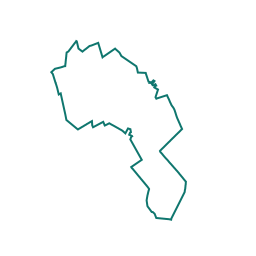 Oquitoa, Sonora, Mexico (Albers equal-area conic projection), rotated 151°
{"feature_id": "50627088B42568176032949", "entity_name": "Oquitoa", "entity_type": "district", "adm_level": 2, "iso_a3": "MEX", "parent_name": "Mexico", "parent_adm1": "Sonora", "projection": "albers", "projection_center": [-111.661, 30.793], "detail": "fine", "context": "isolated", "style": "outline", "palette": "teal", "viewbox_px": 256, "rotation_deg": 151, "n_neighbors": 0, "source": "geoboundaries", "source_scale": "gbopen_adm2", "svg_char_len": 5450}
<svg xmlns="http://www.w3.org/2000/svg" viewBox="0 0 256 256"><g transform="rotate(151 128 128)"><path d="M178.0,164.9L172.9,151.9L172.5,151.0L171.4,151.1L170.4,151.1L169.7,151.1L169.1,151.1L168.6,151.2L168.1,151.2L167.8,151.2L167.1,151.2L166.7,151.2L165.8,151.2L165.1,151.3L164.6,151.3L164.1,151.3L163.5,151.3L162.9,151.3L162.2,151.4L161.2,151.4L160.1,151.4L158.4,151.5L156.2,151.5L157.1,149.6L157.3,149.1L158.0,147.7L158.2,145.6L146.7,145.4L146.9,143.4L146.9,142.9L147.0,142.3L147.1,142.0L147.1,141.7L147.1,141.4L145.4,141.3L142.1,141.2L141.8,140.7L141.3,139.9L141.1,139.5L140.4,138.4L140.0,137.8L139.1,136.4L138.5,135.4L138.0,134.6L137.4,133.6L136.8,132.7L135.9,131.1L135.1,129.9L134.2,128.3L133.1,125.2L132.9,124.6L128.2,127.6L127.7,127.1L127.4,126.7L126.9,126.2L126.5,125.8L127.5,122.9L128.6,122.8L130.2,121.5L128.5,119.3L128.7,119.0L128.6,118.8L129.3,118.7L129.9,118.3L130.3,118.0L131.0,117.3L131.5,116.9L131.4,93.5L144.1,92.3L144.1,92.0L144.1,91.8L144.1,91.4L144.0,90.9L143.9,90.5L143.8,90.4L143.8,90.2L143.6,89.6L143.5,89.1L143.5,88.7L143.4,88.3L143.3,87.8L143.2,87.3L143.1,86.7L142.8,85.2L142.7,84.6L142.6,84.1L142.5,83.6L142.4,83.0L142.3,82.4L142.2,81.9L142.1,81.3L142.0,80.9L141.9,80.3L141.8,79.8L141.7,79.7L141.7,79.4L141.7,79.1L141.5,78.4L141.4,77.5L141.3,77.0L141.2,76.7L141.1,76.1L141.0,75.8L141.0,75.5L140.9,75.2L140.9,74.9L140.8,74.5L140.8,74.4L140.7,74.0L140.6,73.7L140.6,73.4L140.5,73.0L140.4,72.6L140.4,72.3L140.3,72.1L140.3,71.7L140.2,71.5L140.2,71.3L140.1,71.0L140.1,70.6L140.0,70.3L140.0,70.2L139.9,69.9L139.8,69.4L139.8,69.0L139.7,68.9L139.7,68.6L139.6,68.2L139.5,67.8L139.5,67.5L139.4,67.2L139.4,66.9L139.3,66.4L139.1,64.5L139.2,64.3L139.4,64.2L139.6,64.0L139.7,63.8L140.0,63.5L140.2,63.3L140.4,63.1L140.7,62.9L141.0,62.5L141.2,62.3L141.6,61.9L141.9,61.5L142.3,61.1L142.6,60.8L142.7,60.6L142.8,60.5L142.9,60.4L143.0,60.3L143.1,60.2L143.4,59.9L143.6,59.7L143.9,59.3L144.0,59.2L144.2,58.9L144.3,58.8L144.8,58.2L146.8,55.7L148.6,51.0L148.9,49.9L148.5,47.2L148.0,43.1L147.1,42.5L146.3,40.1L146.9,35.6L136.3,28.3L134.7,26.9L134.0,27.8L121.5,36.3L109.5,44.5L108.2,46.3L107.4,47.1L106.9,47.9L106.1,49.0L105.6,49.8L105.2,50.3L104.9,50.6L104.8,50.8L104.7,51.0L104.3,51.6L104.1,51.9L103.9,52.3L103.4,52.9L103.6,54.0L103.8,55.0L104.1,56.6L104.3,57.9L104.5,59.0L104.7,59.9L104.8,60.6L105.0,61.7L105.2,62.4L105.3,63.4L105.4,64.1L105.6,64.9L105.8,66.1L106.3,68.1L106.5,69.1L106.6,69.8L106.8,70.4L106.9,70.9L107.1,71.8L107.3,73.0L107.5,73.6L107.8,75.3L108.0,75.9L108.1,76.4L108.3,77.2L108.5,78.1L108.6,78.6L108.7,79.3L108.9,80.4L109.1,81.2L109.2,81.7L109.4,82.3L109.6,83.2L109.7,83.5L110.0,84.9L110.4,86.9L110.5,87.5L110.6,87.9L110.6,88.3L110.7,88.7L110.8,89.2L111.0,90.0L111.1,90.4L111.3,91.1L111.3,91.5L111.2,92.4L110.5,92.7L109.9,92.8L109.4,93.0L109.0,93.1L108.7,93.2L107.9,93.4L107.2,93.6L106.4,93.8L105.7,94.0L104.7,94.3L104.0,94.5L103.6,94.6L103.2,94.7L102.9,94.8L102.7,94.9L102.4,95.0L102.0,95.1L101.8,95.1L101.2,95.3L100.8,95.4L100.1,95.6L99.5,95.8L98.6,96.0L97.8,96.2L96.9,96.5L96.4,96.7L95.8,96.8L95.2,97.0L94.7,97.1L94.3,97.3L93.7,97.4L93.4,97.5L93.2,97.5L92.6,97.7L91.9,97.9L90.8,98.2L90.6,98.3L90.4,98.3L89.5,98.6L88.8,98.8L88.4,98.9L88.2,98.9L87.9,99.0L87.3,99.2L87.0,99.3L86.4,99.4L85.9,99.6L85.7,99.6L85.2,99.7L85.1,99.8L84.8,99.9L84.7,99.9L83.9,100.1L83.5,100.3L83.3,100.3L83.0,100.4L82.7,100.5L82.3,100.6L81.8,100.7L81.2,100.9L81.2,101.4L81.0,103.1L81.0,104.0L80.9,104.8L80.8,105.5L80.7,106.3L80.7,106.8L80.6,107.5L80.6,108.0L80.5,109.0L80.4,109.8L80.2,112.4L80.1,113.1L80.0,113.8L79.9,114.5L79.4,117.0L79.1,118.4L79.0,118.7L79.0,119.1L78.8,120.0L78.7,120.5L78.6,121.1L78.5,122.0L78.5,122.9L78.5,124.1L78.6,124.6L78.7,125.2L78.8,125.9L78.8,126.4L78.9,127.1L78.8,127.7L78.7,129.4L78.7,130.0L78.5,131.7L78.3,133.4L78.3,134.4L78.2,135.5L78.2,136.0L78.0,137.6L78.0,137.8L87.6,139.7L89.0,139.9L89.0,141.6L83.1,147.1L84.5,149.3L85.3,150.7L84.6,151.1L84.2,151.2L83.6,151.5L82.8,151.4L82.8,153.0L85.2,153.0L85.5,153.2L85.7,153.4L85.7,153.6L85.8,155.0L84.4,155.2L82.1,156.2L82.7,157.3L85.9,156.3L87.2,157.0L86.5,157.5L87.6,158.6L87.5,159.2L87.3,159.9L87.2,160.7L86.8,162.7L86.5,164.3L86.0,166.9L85.8,167.6L92.5,171.7L91.2,175.9L90.8,178.0L98.9,194.1L98.9,198.1L99.7,200.4L100.5,202.6L100.8,203.7L112.8,202.5L115.6,202.3L116.0,202.2L112.8,216.9L120.1,217.9L120.5,218.0L121.3,218.2L121.9,218.4L122.7,218.2L123.1,218.2L123.5,218.1L124.4,217.9L125.3,217.8L127.0,217.5L127.5,217.5L128.6,217.3L129.7,217.1L130.8,216.9L131.0,217.4L131.3,218.0L131.6,218.6L131.6,218.8L131.8,219.2L132.0,219.6L132.2,220.0L132.5,220.8L132.6,221.1L132.8,221.5L132.6,222.3L132.3,223.2L132.1,224.0L130.8,228.6L131.1,229.1L131.4,228.9L131.9,228.7L132.8,228.3L133.8,227.9L137.4,226.3L138.9,225.7L139.4,225.4L140.4,225.0L141.3,224.6L142.2,224.2L143.1,223.8L144.1,223.8L145.0,223.8L145.3,223.5L146.1,222.3L146.5,221.8L146.9,221.2L147.1,220.9L147.3,220.5L147.5,220.3L147.7,220.0L148.1,219.5L148.3,219.1L148.6,218.7L149.1,218.1L149.5,217.5L149.8,217.0L150.2,216.5L150.4,216.2L150.7,215.8L150.9,215.4L151.0,215.2L151.3,214.9L151.4,214.7L151.7,214.4L151.9,214.0L152.1,213.8L152.4,213.3L152.7,212.9L152.9,212.6L153.2,212.8L153.6,212.9L154.0,212.9L154.3,213.0L154.7,213.1L155.4,213.2L156.1,213.3L156.7,213.5L156.8,213.5L157.0,213.5L157.4,213.6L163.2,215.2L168.0,214.0L167.6,211.6L169.5,202.5L169.4,202.4L169.5,202.2L170.0,199.7L170.2,198.8L170.5,197.4L172.3,190.9L170.1,190.9L172.2,183.9L176.3,170.1L178.0,164.9Z" fill="none" stroke="#0f766e" stroke-width="2"/></g></svg>